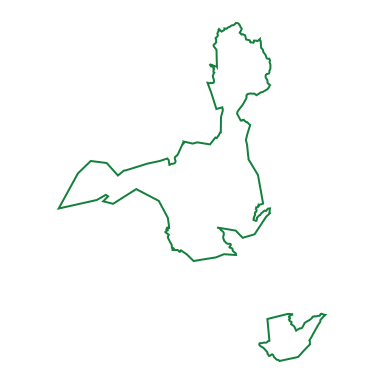 Putla Villa de Guerrero, Oaxaca, Mexico
{"feature_id": "50627088B16530666088464", "entity_name": "Putla Villa de Guerrero", "entity_type": "district", "adm_level": 2, "iso_a3": "MEX", "parent_name": "Mexico", "parent_adm1": "Oaxaca", "projection": "orthographic", "projection_center": [-97.862, 16.982], "detail": "fine", "context": "isolated", "style": "outline", "palette": "green", "viewbox_px": 384, "rotation_deg": 0, "n_neighbors": 0, "source": "geoboundaries", "source_scale": "gbopen_adm2", "svg_char_len": 5900}
<svg xmlns="http://www.w3.org/2000/svg" viewBox="0 0 384 384"><path d="M77.9,173.4L58.7,208.5L96.8,200.0L105.7,194.9L108.1,196.3L103.2,201.3L113.1,203.8L136.2,189.1L158.8,200.9L167.9,218.0L168.9,225.5L169.1,228.0L168.5,228.0L168.2,227.7L167.2,227.6L166.8,228.1L166.9,228.3L166.7,228.5L166.9,228.9L167.1,228.6L167.3,229.0L167.6,229.2L168.0,228.9L167.9,229.1L167.5,229.4L167.4,229.5L167.6,229.5L167.7,229.8L167.7,230.3L167.4,230.3L167.3,229.9L166.3,230.1L166.4,230.6L166.7,230.9L166.1,231.7L165.7,232.1L165.4,232.2L165.5,232.4L166.2,232.8L166.7,233.1L167.0,233.5L168.8,234.7L167.8,237.0L168.1,238.1L169.4,240.6L170.0,242.0L170.3,242.6L170.8,243.2L171.6,244.8L171.8,245.8L171.9,247.6L172.3,248.6L173.3,248.1L173.7,248.4L172.8,250.0L174.0,250.1L177.5,250.0L178.4,250.5L179.0,251.4L179.8,251.8L180.3,251.0L180.9,250.6L181.0,250.4L186.6,254.2L193.6,261.0L201.4,259.7L215.9,257.4L224.0,254.2L236.0,255.0L235.8,253.3L234.9,252.7L233.8,251.8L233.5,251.3L232.9,251.0L232.7,250.5L232.4,248.7L231.8,248.2L229.6,247.5L229.4,247.2L230.8,245.1L230.8,244.4L230.3,243.9L229.8,243.7L227.9,243.8L226.5,243.3L225.4,242.1L225.0,241.5L224.6,241.3L224.1,240.7L223.9,239.6L223.3,238.6L223.3,237.9L223.2,236.2L223.8,235.0L223.7,232.5L222.4,231.1L221.0,230.0L220.6,229.2L219.4,228.2L217.1,227.5L235.7,230.6L242.7,237.8L253.6,234.6L254.7,234.1L266.1,216.8L270.6,212.6L269.3,213.1L270.0,208.4L267.8,208.7L267.3,209.3L266.6,210.5L265.9,211.0L264.9,210.5L264.0,211.0L263.5,211.4L262.4,212.5L261.4,213.2L260.8,213.9L260.2,215.1L259.3,215.3L258.5,216.1L256.8,217.9L256.9,219.1L256.5,220.7L255.7,220.8L253.5,219.9L253.6,218.5L254.1,217.9L253.9,217.1L254.3,216.5L254.6,215.8L255.0,215.2L255.0,214.3L254.8,213.4L255.4,212.0L256.2,211.7L256.6,210.7L256.4,209.3L255.9,209.1L256.2,208.5L256.2,207.3L256.9,207.3L258.0,206.5L258.3,205.5L258.6,206.2L259.3,205.3L259.5,204.8L263.1,203.6L258.0,175.1L250.1,161.9L248.5,159.5L248.5,157.8L248.1,155.2L247.1,144.9L245.9,140.0L247.3,134.2L250.2,125.0L248.8,123.9L247.9,122.8L247.2,122.2L246.5,122.3L245.2,121.2L244.2,120.6L243.9,120.2L243.8,119.8L242.4,119.9L241.9,120.6L240.7,120.5L237.1,113.7L237.3,112.4L238.2,110.6L242.8,104.6L246.2,98.6L246.6,97.0L246.4,96.1L246.5,95.4L246.8,95.2L247.3,94.2L250.5,93.4L251.4,93.6L254.4,93.7L255.2,94.2L255.6,94.6L256.5,95.2L261.0,92.3L262.6,92.0L267.4,89.2L268.2,88.3L269.2,86.9L269.6,85.5L270.0,85.1L267.7,83.2L267.2,79.6L266.2,78.5L265.7,77.5L265.6,76.6L265.7,75.4L265.9,74.7L266.8,74.1L268.9,73.5L269.2,73.0L269.4,72.0L269.4,70.9L270.1,69.5L270.4,68.3L270.4,64.5L269.6,62.4L269.6,61.8L270.0,60.4L269.4,58.8L269.0,58.7L268.3,58.8L266.9,58.4L266.4,57.6L265.8,55.5L265.2,54.5L263.3,52.0L262.9,49.9L262.6,49.3L262.0,48.8L261.2,47.9L260.9,44.8L260.7,41.1L260.2,40.8L259.9,40.4L259.9,39.0L257.5,41.1L257.1,41.0L256.1,40.6L254.0,40.6L253.9,41.9L253.6,42.4L253.4,42.7L251.7,42.3L250.8,42.5L250.4,42.3L250.2,42.0L249.9,40.6L249.7,40.3L246.1,39.5L245.2,35.4L244.9,35.1L243.9,34.8L242.8,34.2L242.3,34.2L241.8,34.5L241.4,34.5L240.9,33.9L240.7,33.4L240.3,33.1L239.9,32.9L239.7,32.7L239.8,32.4L240.2,31.8L240.6,31.4L241.4,29.9L241.7,29.0L241.6,28.4L240.6,27.3L240.0,25.6L239.6,25.2L239.4,24.4L238.8,24.0L238.4,23.5L237.9,23.2L237.1,23.1L236.5,23.1L235.9,23.0L235.2,23.8L234.0,24.8L233.7,25.1L231.8,25.4L231.3,25.6L230.0,26.6L229.3,27.0L228.4,27.3L227.4,27.9L226.9,28.6L226.2,28.8L224.4,28.4L224.4,29.9L221.6,31.6L219.0,29.0L218.6,29.6L218.4,30.0L218.8,31.0L218.4,31.6L217.8,32.2L217.4,33.6L217.9,35.4L217.4,36.3L216.9,37.0L215.6,38.0L215.6,38.4L216.2,39.8L216.2,40.5L216.0,41.6L216.3,42.2L215.0,43.7L214.0,44.5L213.6,45.0L213.6,45.4L213.6,46.1L216.5,49.8L216.9,66.8L216.5,66.2L215.5,66.4L214.9,66.3L213.2,65.6L212.9,65.3L212.5,65.1L212.2,65.1L211.8,64.8L210.6,64.9L210.3,64.6L210.0,64.9L211.0,66.4L212.0,66.5L212.6,66.5L213.1,66.7L213.4,68.5L213.9,68.4L214.0,69.3L213.6,70.1L213.4,71.6L213.4,71.9L214.3,72.6L213.8,73.4L213.5,73.9L213.1,75.3L212.8,75.5L212.8,75.9L213.0,77.2L213.8,79.4L214.0,80.5L213.9,81.9L213.7,82.6L213.4,82.8L212.7,82.8L211.5,83.1L210.8,82.8L210.4,83.0L209.1,83.4L208.7,83.4L207.9,82.7L207.5,82.7L211.2,92.6L216.4,109.0L222.3,107.3L222.4,108.5L222.6,108.7L222.8,109.3L222.7,109.7L222.8,110.6L221.0,117.0L220.8,132.5L220.2,132.9L219.9,132.8L218.7,135.4L218.5,135.8L217.8,136.3L217.0,137.8L216.6,138.1L216.0,138.1L215.3,137.6L210.0,144.4L198.9,142.6L197.0,142.4L192.8,143.6L184.3,141.7L184.6,142.1L183.5,143.4L183.6,142.3L183.4,142.1L178.0,154.1L177.6,154.5L176.9,155.7L175.6,156.4L175.2,156.9L174.9,157.6L174.8,158.1L174.9,159.1L175.6,161.2L175.5,161.7L174.8,163.0L173.6,163.6L172.9,163.8L171.7,163.8L171.3,163.9L169.8,164.8L169.4,164.9L168.7,160.1L167.3,158.5L159.8,161.0L147.5,163.6L125.6,170.4L124.1,170.5L122.7,171.6L117.9,175.5L106.7,163.0L90.7,161.0L77.9,173.4ZM325.3,314.9L323.4,314.6L322.6,314.1L321.4,313.7L320.5,314.2L320.1,315.3L319.5,315.8L317.5,315.9L316.6,316.3L315.7,316.4L315.0,316.4L314.3,316.2L313.6,316.7L312.8,316.7L312.3,317.2L311.7,318.3L309.3,320.2L308.2,320.7L304.5,323.0L304.2,324.1L303.7,324.8L302.8,326.7L302.3,327.2L302.0,327.9L301.3,328.3L299.6,328.4L298.9,328.9L298.7,329.2L298.0,329.4L297.3,329.7L296.1,330.6L294.7,327.3L293.6,325.8L291.1,324.2L291.6,322.1L290.8,321.5L289.7,321.1L289.0,319.5L289.8,318.8L290.1,318.3L289.8,317.7L289.1,317.3L288.9,316.8L289.2,316.2L290.6,315.5L291.8,314.7L292.2,314.7L292.2,314.2L287.8,313.9L267.4,319.0L269.4,340.8L268.2,341.1L266.9,342.3L266.0,342.7L263.7,342.6L262.1,343.1L259.8,343.2L259.2,344.2L259.5,345.1L260.3,346.0L261.4,346.7L263.5,347.9L266.5,351.3L267.0,351.7L267.5,352.8L267.4,353.6L267.9,354.0L268.3,354.5L268.5,355.2L269.1,356.0L270.1,355.6L272.1,354.3L272.8,354.7L273.3,355.4L274.1,357.3L274.8,357.7L275.8,358.9L276.4,359.4L277.2,359.9L278.2,359.9L278.9,360.3L279.4,361.0L298.1,357.0L303.4,351.1L310.0,344.3L309.7,340.3L309.5,340.2L311.3,337.3L316.0,328.7L318.7,324.1L320.2,322.0L320.4,320.0L323.7,316.4L325.3,314.9Z" fill="none" stroke="#15803d" stroke-width="2"/></svg>